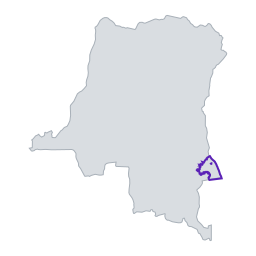 Moba, Katanga, Democratic Republic of the Congo shown in context
{"feature_id": "63176286B25314267977171", "entity_name": "Moba", "entity_type": "district", "adm_level": 2, "iso_a3": "COD", "parent_name": "Democratic Republic of the Congo", "parent_adm1": "Katanga", "projection": "natural_earth1", "projection_center": [29.107, -7.404], "detail": "fine", "context": "in_parent", "style": "outline", "palette": "violet", "viewbox_px": 256, "rotation_deg": 0, "n_neighbors": 0, "source": "geoboundaries", "source_scale": "gbopen_adm2", "svg_char_len": 6952}
<svg xmlns="http://www.w3.org/2000/svg" viewBox="0 0 256 256"><path d="M221.2,177.4L202.1,180.9L202.4,182.2L202.3,183.5L201.8,184.5L199.8,187.3L196.9,189.8L196.9,190.4L198.4,193.2L199.3,197.1L199.1,203.9L199.5,205.7L199.4,207.2L198.4,208.8L196.5,216.9L197.8,220.9L201.6,224.6L203.8,227.4L207.5,228.3L208.1,228.2L208.4,225.9L211.3,225.0L211.3,239.6L211.1,240.5L210.6,240.6L209.8,240.2L209.6,238.8L208.8,238.2L205.2,240.0L204.3,239.9L203.3,239.6L202.5,238.9L202.3,237.8L199.8,233.5L198.5,233.2L197.1,229.4L191.4,226.6L189.2,226.4L188.0,225.5L186.9,222.5L185.0,220.6L184.5,218.4L184.2,218.1L183.0,218.5L182.0,221.9L180.7,222.7L178.4,222.8L172.5,221.8L168.3,220.1L167.2,220.2L165.5,218.6L164.8,216.0L165.2,214.0L164.9,213.7L158.5,215.4L156.9,216.4L155.5,216.2L155.0,215.6L155.7,214.2L155.3,212.7L154.9,212.0L153.0,211.5L152.4,209.8L151.2,209.6L150.8,209.8L150.5,210.9L149.9,211.3L146.0,210.8L142.0,212.2L136.7,211.8L134.2,213.5L133.8,213.5L133.3,212.6L132.8,209.8L133.0,209.1L133.8,208.5L134.1,207.4L133.8,204.6L134.0,203.9L133.7,202.2L132.9,199.6L131.8,197.5L129.4,194.3L128.9,192.7L129.1,189.1L129.8,183.4L129.7,179.2L128.7,176.4L128.5,173.5L129.1,168.2L128.4,166.9L116.3,166.4L115.8,166.0L115.6,165.3L116.1,162.1L108.7,162.9L106.5,163.5L105.1,164.8L104.7,166.5L104.6,168.8L103.5,171.0L103.2,174.7L101.2,175.1L99.1,175.1L95.2,174.3L91.4,175.4L89.5,176.4L88.5,175.9L85.0,176.3L84.6,176.0L80.6,168.6L78.8,166.2L78.5,165.0L78.6,163.8L78.1,162.3L76.3,158.5L75.9,156.8L76.0,154.0L75.8,153.1L74.1,150.7L73.0,149.9L71.8,149.5L51.9,149.8L45.4,149.4L40.6,149.7L38.2,149.5L37.5,149.1L35.3,149.6L34.2,150.6L32.4,151.1L31.4,150.9L29.3,148.2L32.1,147.7L32.3,147.4L32.4,140.9L31.7,140.0L33.2,138.8L35.6,135.9L37.9,134.9L38.3,134.3L38.8,134.3L39.6,135.6L41.7,137.1L44.2,135.7L44.5,135.4L44.8,132.5L45.4,132.3L46.5,132.9L47.1,132.9L48.2,132.1L51.4,130.7L52.4,132.5L51.5,134.1L51.9,135.3L52.0,137.1L52.5,137.5L55.1,137.7L55.8,137.2L60.8,130.8L62.1,130.0L64.3,127.5L67.1,126.3L68.3,124.3L69.9,120.7L70.6,115.5L70.3,106.4L70.6,105.2L73.9,101.2L77.4,93.8L79.8,91.9L81.6,91.1L84.3,88.4L86.5,85.7L86.2,82.4L86.7,79.7L87.9,76.3L88.3,72.7L87.9,68.8L88.0,65.7L89.7,60.7L89.8,54.9L91.3,50.1L94.2,44.0L95.5,39.5L95.3,35.0L95.7,31.7L95.6,29.7L95.0,28.0L95.3,27.0L96.4,26.5L97.8,24.8L100.2,20.4L102.9,18.3L104.7,17.6L106.6,17.6L107.9,18.0L109.9,19.8L112.2,21.2L114.0,22.9L115.7,25.6L119.8,26.1L121.5,27.1L122.6,27.5L123.0,27.2L123.9,27.4L125.8,28.2L127.3,27.7L135.0,29.5L135.8,28.6L138.0,24.0L139.6,22.4L142.2,22.3L144.2,23.1L145.3,23.1L154.6,19.2L155.9,19.0L159.3,19.9L161.5,19.3L162.4,19.5L164.3,18.8L165.8,16.0L167.1,15.4L180.6,18.4L182.6,16.9L183.6,16.7L186.6,17.8L187.5,19.5L189.3,21.0L190.6,23.4L192.6,24.7L193.6,26.0L194.8,26.9L197.2,27.2L200.3,25.0L202.5,25.3L204.7,26.4L205.5,26.4L207.1,25.1L208.0,23.8L208.8,23.5L210.1,24.1L211.2,25.3L212.1,27.2L215.5,31.3L218.8,33.1L219.6,35.6L220.7,35.4L221.3,35.6L222.2,37.2L222.8,37.5L222.9,38.2L222.1,39.7L221.3,42.6L222.3,44.4L221.5,47.0L221.0,49.6L222.1,50.3L223.5,50.3L224.7,51.6L225.7,51.9L226.7,53.3L226.5,54.6L223.3,58.9L218.4,64.2L216.8,64.9L216.0,65.9L215.4,67.4L214.0,68.7L212.9,69.3L212.8,73.1L211.2,77.1L210.6,77.9L209.7,84.4L209.8,85.5L208.9,90.8L209.1,95.8L206.8,97.3L205.2,99.7L204.5,101.4L204.5,105.4L201.8,107.9L201.6,108.5L202.3,111.3L203.3,111.7L203.3,112.7L205.4,115.7L205.3,125.1L205.4,126.0L206.6,128.2L207.3,132.5L206.5,137.9L209.4,147.8L208.1,151.4L208.7,154.9L210.5,158.5L214.6,162.1L215.7,163.6L216.7,165.5L217.7,168.6L221.2,177.4Z" fill="#d9dde1" stroke="#a8b0b8" stroke-width="1"/><path d="M199.6,164.7L199.8,164.9L200.1,164.9L200.2,165.0L200.3,165.0L200.4,164.9L200.5,165.0L200.8,165.2L200.8,165.3L200.7,165.6L200.4,165.6L200.1,165.7L199.9,165.6L199.7,165.6L199.8,165.5L199.7,165.5L199.5,165.4L199.4,165.5L199.6,165.8L199.8,166.1L199.9,166.3L200.2,166.5L200.4,166.6L200.5,166.7L200.5,166.8L200.4,167.1L200.3,167.3L200.2,167.4L200.1,167.5L199.9,167.5L199.9,167.4L199.8,167.5L199.7,167.5L199.5,167.9L199.5,168.0L199.5,168.3L199.7,168.7L199.8,168.9L199.8,169.2L199.7,169.3L199.4,169.3L199.1,169.3L198.9,169.4L198.7,169.3L198.3,169.4L198.2,169.5L197.9,169.5L197.8,169.4L197.7,169.4L197.6,169.5L197.4,169.3L197.2,169.4L196.9,170.1L196.9,170.3L197.3,170.4L197.4,170.6L197.5,170.8L197.7,171.0L197.8,170.9L197.7,170.8L197.8,170.8L197.8,170.7L198.0,170.6L198.5,170.6L198.7,170.8L198.8,170.8L199.0,170.9L199.1,171.0L199.3,171.3L199.3,171.6L199.2,171.8L199.2,172.1L199.4,172.4L199.5,172.6L199.5,172.8L199.5,173.0L199.9,173.1L199.9,173.3L199.6,173.6L199.6,173.8L199.8,173.9L200.1,173.9L200.2,174.0L200.3,174.1L200.5,174.1L200.8,174.7L200.8,174.8L201.0,174.8L201.4,174.8L201.5,174.7L201.7,174.4L201.8,174.3L201.7,174.2L201.8,174.2L201.9,173.9L201.9,173.7L202.0,173.6L202.0,173.4L202.1,173.2L202.5,173.3L202.7,173.5L202.9,173.6L203.3,173.5L203.3,173.8L203.5,173.8L203.9,173.6L204.0,173.5L204.3,173.5L204.3,173.3L204.3,173.2L204.2,173.2L204.3,173.1L204.3,172.9L204.2,172.9L204.1,172.7L204.3,172.6L204.2,172.4L204.1,172.2L204.3,172.2L204.5,172.1L204.8,172.2L204.9,172.4L205.3,172.5L205.5,172.2L205.8,171.9L206.0,171.8L206.4,171.9L206.5,172.0L206.8,172.2L207.4,171.9L207.5,171.9L207.7,172.0L207.7,172.3L207.7,172.5L207.8,172.6L207.8,172.8L208.0,172.8L208.1,173.0L208.1,173.3L208.2,173.6L208.3,173.6L208.5,173.6L208.5,173.4L208.7,173.2L208.9,173.1L209.0,172.9L209.1,173.0L209.2,173.3L209.6,174.0L209.6,174.3L209.8,174.4L210.0,174.3L209.9,174.4L210.0,174.5L210.0,174.8L210.0,175.1L210.0,175.4L209.9,175.5L209.8,175.8L209.8,176.1L209.7,176.2L209.6,176.3L209.4,176.3L209.2,176.4L209.1,176.5L209.2,177.1L208.9,177.3L208.7,177.3L208.7,177.2L208.6,176.9L208.6,177.0L208.5,177.4L208.5,177.8L208.6,178.0L208.7,178.5L208.8,178.6L208.9,179.1L209.1,179.4L209.2,179.5L209.4,179.6L209.6,179.7L209.6,179.9L221.7,178.4L221.4,177.4L221.1,176.4L220.6,175.3L220.1,174.6L219.7,173.2L219.4,172.1L218.8,170.3L217.8,168.1L217.6,167.4L217.3,166.6L216.8,165.8L216.6,165.3L216.5,164.7L216.3,164.3L215.1,162.2L214.9,161.8L214.5,161.3L213.3,160.3L212.5,159.6L211.7,158.8L211.3,158.4L210.9,157.7L210.5,157.1L209.9,156.1L209.5,156.2L209.3,156.4L208.7,156.7L208.4,157.0L208.1,157.2L208.1,157.3L207.9,157.4L207.6,157.4L207.4,157.5L207.2,157.8L206.9,158.1L206.9,158.3L206.8,158.2L206.7,158.3L206.7,158.5L206.5,158.8L206.5,159.0L206.3,159.1L206.3,159.3L206.2,159.5L205.8,159.6L205.7,159.7L205.5,159.9L205.4,160.0L205.1,160.3L205.0,160.5L204.8,160.7L204.7,161.0L204.3,161.8L204.1,162.2L203.9,162.5L203.7,162.4L203.3,162.2L203.1,162.2L202.7,162.1L202.4,162.0L202.5,162.2L202.5,162.3L202.6,162.7L202.6,162.8L202.9,163.0L202.8,163.3L202.7,163.3L202.5,163.5L202.5,163.8L202.4,164.1L202.4,164.3L202.5,164.4L202.5,164.5L202.4,164.6L202.1,164.3L201.5,164.3L201.4,164.4L201.2,164.4L200.9,164.4L200.7,164.4L200.6,164.2L200.5,164.3L200.4,164.3L200.2,164.4L200.0,164.5L199.9,164.6L199.7,164.7L199.6,164.7ZM211.4,163.7L211.4,163.8L211.2,163.9L211.0,163.7L210.9,163.6L211.0,163.5L211.3,163.4L211.3,163.5L211.4,163.7Z" fill="none" stroke="#5b21b6" stroke-width="2"/></svg>